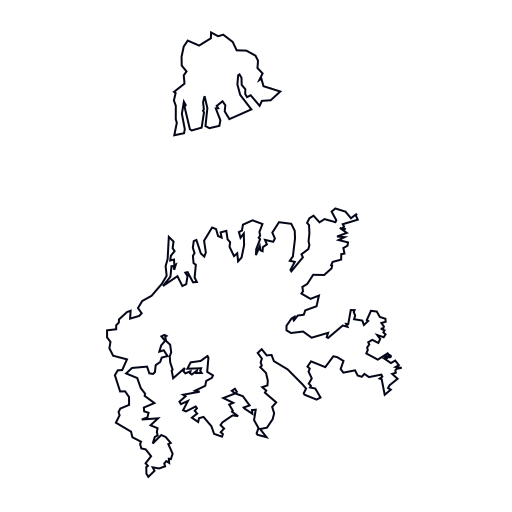 outline of Hasvik nor, Finnmark, Norway, rotated 181°
{"feature_id": "86288312B50454164159248", "entity_name": "Hasvik nor", "entity_type": "district", "adm_level": 2, "iso_a3": "NOR", "parent_name": "Norway", "parent_adm1": "Finnmark", "projection": "orthographic", "projection_center": [22.251, 70.523], "detail": "fine", "context": "isolated", "style": "outline", "palette": "ink", "viewbox_px": 512, "rotation_deg": 181, "n_neighbors": 0, "source": "geoboundaries", "source_scale": "gbopen_adm2", "svg_char_len": 6099}
<svg xmlns="http://www.w3.org/2000/svg" viewBox="0 0 512 512"><g transform="rotate(181 256 256)"><path d="M359.8,33.3L353.7,39.5L355.6,42.9L349.2,41.9L343.2,44.1L344.1,46.9L342.1,49.4L339.2,47.6L339.6,51.8L337.6,51.4L335.9,56.8L340.4,66.4L338.0,67.6L343.2,73.5L347.6,75.3L356.0,66.7L354.0,73.3L351.2,74.9L352.1,78.2L351.4,82.1L358.5,84.9L351.1,92.0L367.4,90.5L361.7,92.8L360.7,97.4L365.1,98.7L365.5,102.5L355.0,107.2L364.9,114.2L364.5,116.4L368.9,121.9L372.6,131.9L383.8,136.3L378.0,141.9L363.0,143.5L360.6,136.8L356.8,136.3L355.0,138.2L354.4,145.1L349.9,148.4L348.5,152.8L342.7,154.4L346.6,160.1L351.0,158.7L349.2,165.0L345.4,169.6L349.2,174.0L346.2,175.5L344.1,174.5L345.4,173.4L344.3,169.4L340.3,165.8L339.1,158.2L340.5,154.3L339.9,148.0L337.4,140.9L338.3,140.0L336.7,132.3L325.3,142.8L326.5,139.5L324.6,137.4L319.5,139.6L319.9,137.6L318.1,136.4L313.1,140.3L313.7,137.9L308.3,138.1L309.8,140.2L308.9,142.8L322.6,142.1L319.5,148.5L309.5,150.1L302.1,155.7L302.9,154.5L301.8,153.5L302.8,139.3L296.9,135.9L298.0,133.4L303.6,130.2L304.5,125.3L314.5,120.3L310.0,119.3L326.5,116.0L324.0,114.5L330.0,109.0L328.5,106.6L321.5,109.9L326.2,100.6L323.3,99.4L313.7,104.5L312.4,102.7L314.6,100.2L312.1,97.4L317.3,93.2L310.9,89.0L310.2,92.8L305.7,94.2L297.6,85.0L294.8,77.4L286.8,74.8L286.0,77.4L288.2,79.2L284.9,82.9L288.5,86.3L286.8,89.0L276.7,96.2L271.1,95.6L277.3,99.9L276.5,101.0L280.2,107.0L276.2,108.8L286.2,113.4L274.5,118.2L277.8,120.8L274.8,122.9L272.8,119.9L274.0,118.1L266.7,115.6L259.8,106.5L265.7,104.3L265.0,103.4L256.9,98.2L257.3,101.9L253.6,102.3L255.1,91.9L250.5,84.0L252.3,78.7L251.4,77.3L242.3,75.0L248.9,83.1L242.1,84.5L236.5,93.1L235.1,99.0L237.2,105.4L233.2,110.0L244.7,119.5L243.4,121.6L247.5,125.0L242.3,126.8L242.0,131.6L244.0,139.3L249.8,144.9L248.3,146.6L249.5,149.7L248.3,153.5L252.6,159.1L248.7,162.9L243.5,156.8L238.7,157.3L236.3,151.2L222.4,143.2L207.1,128.3L203.6,124.3L205.9,119.6L205.1,118.2L193.0,113.5L189.0,115.6L194.4,124.5L199.7,125.5L198.8,127.1L201.0,129.3L198.1,134.6L201.4,141.3L200.3,144.4L202.6,146.3L199.1,151.6L184.8,146.1L176.9,157.1L173.1,156.3L166.7,152.6L169.4,144.4L166.6,140.9L155.0,143.4L152.3,138.3L148.1,137.1L145.6,140.0L140.9,136.9L128.6,139.6L127.6,137.6L130.2,135.6L128.2,135.0L124.9,119.5L118.9,124.7L121.7,126.3L120.2,129.1L112.3,135.7L117.8,140.5L114.2,141.7L114.7,144.1L113.5,145.6L108.4,146.7L114.4,147.5L111.3,149.4L115.0,153.9L119.2,151.3L126.1,155.8L123.6,156.0L122.0,157.1L120.5,157.0L118.7,158.1L126.0,157.0L120.5,159.2L122.9,160.6L121.9,161.5L132.4,154.5L144.0,160.5L142.6,164.0L143.3,166.4L141.2,169.6L142.3,171.7L138.3,174.2L132.2,171.2L130.4,175.2L133.4,179.1L126.9,177.0L125.1,179.9L127.3,181.8L126.2,183.9L130.0,185.6L127.5,185.7L126.9,187.7L129.5,191.2L125.2,192.5L125.5,195.5L131.1,197.2L134.3,202.6L140.1,203.2L144.1,193.9L142.7,193.0L146.9,188.9L148.6,193.3L156.8,194.5L155.8,198.2L157.3,201.7L156.5,203.6L160.3,203.6L162.6,189.5L164.8,189.7L163.3,186.8L168.1,188.0L182.5,175.3L183.9,176.1L182.6,180.4L199.0,175.3L207.6,181.3L219.6,179.6L224.2,182.2L224.3,186.8L219.4,194.1L216.2,196.1L215.8,194.7L217.4,193.0L217.0,192.2L213.2,197.2L207.2,198.1L205.8,202.5L194.6,206.8L192.4,217.5L200.8,214.1L209.9,219.2L208.4,221.6L209.1,225.9L204.3,228.9L198.5,238.2L187.5,238.2L180.2,245.0L179.7,247.8L180.7,248.1L179.3,251.4L170.8,253.9L170.8,259.3L167.6,260.0L168.8,265.5L164.7,267.9L164.2,271.2L173.7,273.4L167.7,276.4L175.3,276.9L165.6,280.7L172.6,285.5L166.8,284.3L169.8,285.7L168.5,287.0L169.8,289.3L154.9,294.1L156.9,298.3L155.9,300.0L161.7,295.4L167.3,301.9L177.5,304.9L181.2,301.7L176.3,293.1L177.2,291.2L188.1,294.1L193.1,290.8L199.2,297.3L203.3,294.6L205.5,290.0L203.5,287.8L203.0,279.5L203.7,271.7L202.8,267.7L203.8,263.8L210.6,258.5L209.1,255.5L220.4,241.3L221.3,242.7L217.1,250.8L222.1,251.8L219.1,256.2L217.3,274.2L217.7,281.8L221.3,288.8L233.6,290.2L240.1,279.7L237.4,273.8L239.0,270.5L247.3,272.3L245.3,267.8L249.3,265.0L249.5,260.9L251.7,261.8L252.4,265.9L256.1,256.9L255.9,262.8L252.2,272.9L253.6,274.3L252.2,276.3L253.0,280.1L250.1,288.1L260.1,291.6L269.6,287.1L270.5,281.2L273.5,279.7L271.8,273.9L268.6,278.3L268.1,266.6L270.4,254.2L273.8,250.4L274.8,258.4L278.0,255.5L282.6,264.7L282.1,269.3L284.7,272.2L286.1,280.6L291.8,279.0L290.7,273.8L294.3,275.3L296.4,282.2L300.4,283.7L308.2,270.3L306.2,258.6L307.7,254.5L311.2,257.6L315.9,271.0L318.5,269.8L319.3,263.1L317.5,257.9L319.1,255.0L318.3,247.8L316.0,246.2L317.0,233.4L314.7,229.0L318.5,228.6L324.1,238.7L326.4,238.1L324.1,234.7L325.3,226.6L329.1,224.7L334.2,234.4L348.5,224.4L341.2,233.8L340.3,244.4L338.2,244.4L337.5,240.8L336.0,246.1L337.5,245.2L337.9,251.0L341.7,250.0L341.1,254.8L337.5,259.4L339.5,262.4L338.7,269.0L343.5,273.6L344.3,251.5L346.2,244.3L345.0,234.7L349.6,226.6L359.7,214.4L369.0,209.0L373.1,201.9L369.3,196.7L371.8,194.0L380.8,191.2L380.4,199.1L384.0,197.7L391.9,190.2L392.0,187.0L394.6,184.3L394.5,180.3L403.6,179.1L403.5,172.0L400.0,167.6L401.0,161.2L397.1,153.8L383.2,150.4L387.8,139.6L392.2,139.3L395.0,134.3L389.5,118.2L384.5,118.4L380.5,112.8L380.3,104.9L389.0,101.1L390.7,97.6L389.6,94.4L393.2,86.9L377.9,78.2L376.4,72.6L367.7,68.3L368.6,66.0L367.3,61.6L362.9,60.7L357.4,54.0L362.8,46.8L360.4,44.3L362.0,43.0L361.8,36.5L359.8,33.3ZM283.0,469.6L292.6,476.7L297.7,475.1L304.8,478.7L304.9,472.9L316.6,465.4L328.0,470.2L331.9,464.2L333.9,454.0L333.6,445.1L328.7,439.3L331.4,435.4L330.5,427.1L340.8,418.7L339.2,417.6L340.8,410.1L338.8,404.7L338.6,391.4L337.5,387.8L339.8,375.3L330.1,377.5L329.4,381.5L332.6,396.9L330.8,409.0L328.9,405.6L330.1,404.2L324.3,381.6L322.5,380.4L312.6,383.4L310.5,398.8L311.5,400.3L310.7,401.7L311.6,408.9L310.2,414.9L307.2,403.0L308.8,385.0L304.8,383.0L294.9,385.5L294.0,391.1L298.8,402.9L296.4,403.1L297.9,405.4L292.2,410.1L289.3,406.2L289.8,400.1L285.0,392.4L263.2,402.5L274.6,416.8L277.6,427.2L277.0,436.3L275.7,437.3L273.6,433.9L273.3,426.8L269.6,422.6L269.6,417.8L267.8,414.7L264.1,416.6L255.0,406.2L252.8,411.2L244.0,412.0L234.6,420.9L251.5,425.9L253.7,433.4L255.7,432.0L252.6,438.7L257.8,443.9L257.4,451.3L260.0,456.3L269.3,461.2L278.9,461.3L283.0,469.6Z" fill="none" stroke="#020617" stroke-width="2"/></g></svg>